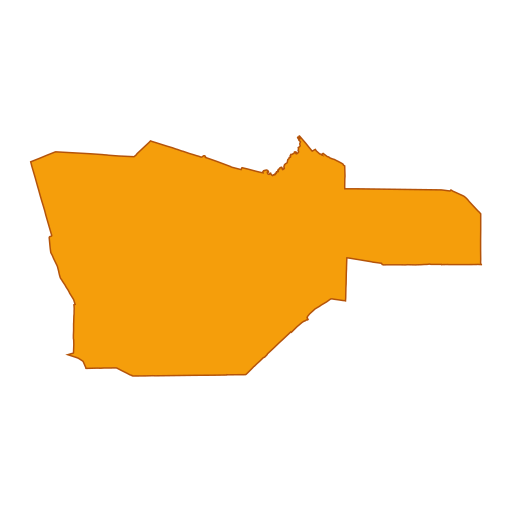 outline of Cujmir, Mehedinti, Romania
{"feature_id": "2599482B72848600884010", "entity_name": "Cujmir", "entity_type": "district", "adm_level": 2, "iso_a3": "ROU", "parent_name": "Romania", "parent_adm1": "Mehedinti", "projection": "orthographic", "projection_center": [22.937, 44.205], "detail": "fine", "context": "isolated", "style": "filled", "palette": "amber", "viewbox_px": 512, "rotation_deg": 0, "n_neighbors": 0, "source": "geoboundaries", "source_scale": "gbopen_adm2", "svg_char_len": 5978}
<svg xmlns="http://www.w3.org/2000/svg" viewBox="0 0 512 512"><path d="M226.8,374.7L228.4,374.8L239.4,374.7L243.8,374.7L245.6,374.6L246.0,374.4L247.5,373.0L252.0,368.5L253.4,367.0L253.8,366.5L254.3,366.3L255.0,365.6L256.8,363.8L259.7,361.2L263.1,357.9L263.7,357.5L264.6,357.2L266.7,355.1L267.2,354.5L267.4,353.9L270.2,351.3L273.1,348.6L278.8,343.1L283.6,338.7L285.6,336.8L290.8,331.9L291.3,332.3L291.9,331.8L296.9,326.8L302.1,322.4L304.3,321.0L304.7,321.1L305.3,320.7L306.8,319.8L307.3,319.4L307.7,319.8L308.1,319.3L307.5,318.6L307.2,318.0L307.1,317.7L307.3,317.6L307.3,317.4L307.4,317.0L307.4,316.6L309.7,313.8L315.2,308.8L319.5,306.3L321.3,305.0L326.6,301.9L330.3,299.2L331.1,298.9L332.1,298.9L334.5,299.3L338.3,299.8L342.8,300.5L343.5,300.6L344.3,300.6L345.5,300.9L345.7,297.8L345.9,287.8L346.1,283.9L346.3,273.1L346.5,268.8L346.5,267.5L346.8,258.4L346.9,257.8L348.6,258.0L371.6,261.8L372.7,262.1L378.1,262.8L381.5,263.3L382.2,264.5L382.5,264.6L383.6,264.9L386.6,264.8L394.3,264.8L395.9,264.8L400.7,264.8L405.2,264.9L407.5,264.7L415.4,264.9L417.1,264.8L421.1,264.7L423.7,264.5L427.3,264.4L428.5,264.2L429.2,264.1L429.6,264.1L431.0,264.4L433.4,264.4L441.5,264.4L441.7,264.7L441.9,264.6L447.9,264.5L448.7,264.6L455.2,264.6L455.8,264.6L457.5,264.6L468.3,264.6L476.6,264.5L477.7,264.4L481.3,264.6L481.3,264.4L480.9,264.2L480.7,264.0L480.6,262.1L480.7,259.5L480.6,250.3L480.6,249.1L480.6,239.4L480.7,230.0L480.7,225.2L480.7,222.4L480.7,213.8L479.0,211.9L477.9,210.9L472.1,204.7L469.7,202.1L469.1,201.5L468.4,200.5L466.9,198.8L466.2,198.1L464.8,196.9L463.7,196.1L456.1,192.6L452.7,191.1L451.4,190.2L450.9,190.0L450.2,190.8L450.0,191.0L446.9,190.6L442.3,190.0L441.1,189.9L355.8,188.8L344.8,188.8L344.7,186.8L344.8,179.0L345.0,176.2L344.9,172.7L344.8,169.5L344.7,165.9L343.5,165.2L343.1,164.3L342.7,163.9L341.2,163.0L338.0,161.3L336.3,160.5L334.5,159.5L332.4,158.9L329.7,157.8L329.2,157.3L328.5,156.9L327.3,156.6L323.1,153.4L322.0,154.2L321.8,154.6L322.2,155.1L321.4,154.8L321.2,154.5L320.7,154.1L319.8,154.0L316.4,151.0L315.3,149.4L312.2,151.1L311.7,150.6L308.9,147.2L305.8,143.3L299.5,136.0L299.2,136.1L299.3,136.9L299.2,137.1L298.9,137.4L298.7,137.4L298.3,137.1L298.1,137.0L297.9,137.1L297.7,137.3L297.6,137.7L297.8,138.0L298.0,138.2L298.3,138.7L298.7,138.6L299.1,138.2L299.4,138.1L299.7,138.5L299.9,138.8L299.8,139.0L298.9,139.6L298.8,139.8L299.0,140.4L300.3,141.5L300.5,141.8L300.3,142.3L300.3,142.6L299.9,143.1L299.8,143.6L299.8,143.9L299.9,144.7L300.2,145.4L300.0,146.1L299.7,146.6L299.0,147.2L298.4,147.4L298.2,147.6L298.3,148.0L298.5,149.0L298.3,149.5L298.3,150.2L298.1,150.7L298.6,151.4L298.6,151.9L298.4,152.4L298.0,152.8L297.3,153.4L296.8,153.8L296.3,153.8L296.0,153.7L295.8,153.4L295.7,153.2L295.8,153.1L296.1,153.1L296.3,152.9L296.4,152.5L296.0,152.0L295.5,151.9L294.9,151.9L294.5,152.0L294.5,152.4L294.2,152.9L293.8,153.4L293.4,153.5L293.2,153.7L292.9,153.8L292.1,154.4L291.8,154.5L291.0,154.3L290.8,154.5L290.8,154.9L290.6,155.3L290.3,155.4L290.2,155.6L290.6,156.6L290.6,156.9L290.4,157.2L289.8,157.2L289.2,157.5L289.0,158.6L288.0,159.4L287.8,159.7L287.4,161.4L287.4,162.0L286.9,163.0L285.6,163.7L284.5,164.7L284.6,165.1L284.1,165.8L284.1,166.1L284.1,166.8L283.9,166.9L284.0,167.7L284.3,168.0L284.3,168.5L284.0,168.8L282.8,169.6L282.5,169.6L282.4,169.4L282.6,169.0L282.6,168.7L282.0,168.5L282.1,167.9L281.7,167.3L281.4,167.2L281.2,167.2L280.3,167.7L280.0,167.8L279.7,168.1L279.7,168.4L279.6,168.5L279.7,168.8L279.5,169.0L278.8,169.1L278.6,169.2L278.2,169.6L278.2,169.8L278.0,170.1L277.8,170.4L277.8,170.7L277.9,170.9L278.3,170.8L278.3,171.3L278.1,171.7L277.9,171.8L277.6,171.8L276.6,171.7L276.5,171.8L276.4,173.0L276.3,173.3L276.0,173.5L275.5,173.2L275.4,173.3L275.2,173.5L275.4,174.0L275.4,174.3L275.1,174.6L274.8,174.4L274.5,174.5L274.5,174.8L274.1,175.0L273.9,175.0L273.7,174.8L273.4,174.8L273.1,175.0L273.0,175.4L272.6,175.6L271.9,175.2L271.6,174.9L270.8,174.0L270.8,173.3L270.4,173.1L269.9,173.3L269.8,173.7L269.8,173.9L269.4,174.3L268.9,174.4L268.0,174.0L267.6,173.4L267.5,173.2L267.5,172.4L267.3,172.2L267.5,171.9L267.7,171.7L268.1,172.1L268.2,172.3L268.4,172.1L268.5,171.9L268.4,171.4L267.6,170.4L266.5,170.0L264.6,170.4L264.2,170.7L263.6,170.7L263.2,171.3L262.8,171.9L263.1,172.8L261.2,172.5L256.6,171.4L247.2,168.9L242.1,167.7L241.8,167.9L241.1,169.6L231.4,167.1L230.7,166.6L228.0,165.6L216.8,161.4L205.4,157.4L205.5,157.1L205.5,156.7L205.3,156.4L205.1,156.1L204.6,155.8L204.1,155.7L203.6,155.8L203.0,156.2L202.4,156.7L201.8,157.0L201.3,157.1L200.7,157.0L198.9,156.3L196.3,155.6L193.2,154.6L189.4,153.5L182.8,151.2L182.0,151.1L177.3,149.4L175.8,149.0L172.6,147.8L167.1,146.2L155.4,142.5L152.4,141.6L150.5,140.9L149.2,142.3L137.1,153.6L136.1,155.0L134.0,156.7L118.8,156.0L108.2,155.2L107.1,155.0L104.1,154.8L102.7,154.6L89.3,153.7L56.9,151.9L55.3,151.9L47.2,155.1L39.3,158.4L30.7,161.8L31.8,166.1L35.4,178.4L37.5,186.0L38.7,190.1L40.2,195.6L41.8,201.1L43.8,207.6L44.0,208.4L44.3,209.3L44.7,210.7L45.8,215.1L51.4,234.4L51.7,235.2L51.7,235.8L51.2,236.2L49.8,236.6L49.3,237.2L49.2,237.7L50.0,246.2L50.2,248.1L50.3,249.0L50.7,252.0L50.9,252.8L52.4,255.6L53.5,258.3L57.1,265.7L57.5,266.8L58.7,271.4L58.9,272.5L59.5,275.1L60.3,277.8L61.3,279.4L62.0,280.3L62.2,280.8L65.0,285.0L66.2,287.2L68.1,290.1L69.2,292.1L69.6,293.1L73.4,299.2L73.8,300.1L74.5,302.4L74.9,303.7L74.9,304.0L75.1,304.4L73.9,304.8L74.1,306.6L74.2,309.0L74.1,310.9L74.1,313.8L73.9,315.9L73.7,322.6L73.6,323.6L73.6,325.2L73.6,330.7L73.4,335.1L73.4,338.1L73.5,339.1L73.7,339.8L73.8,344.5L73.6,350.2L73.5,352.7L73.4,353.0L73.1,353.2L72.7,353.3L71.5,353.6L67.8,354.7L75.8,357.3L78.0,358.1L78.6,358.4L82.2,360.7L83.1,361.4L85.7,367.4L85.9,368.3L86.2,368.4L97.3,368.1L100.7,368.2L103.9,368.0L111.2,368.0L112.9,367.9L116.2,367.9L116.9,368.1L119.2,369.3L121.3,370.4L126.9,373.2L130.1,374.9L131.9,375.4L132.0,375.6L132.1,375.8L132.4,375.8L132.8,376.0L145.6,375.9L152.6,375.7L155.5,375.8L163.6,375.7L194.7,375.3L212.3,375.2L226.7,375.0L226.8,374.7Z" fill="#f59e0b" stroke="#b45309" stroke-width="1.5"/></svg>